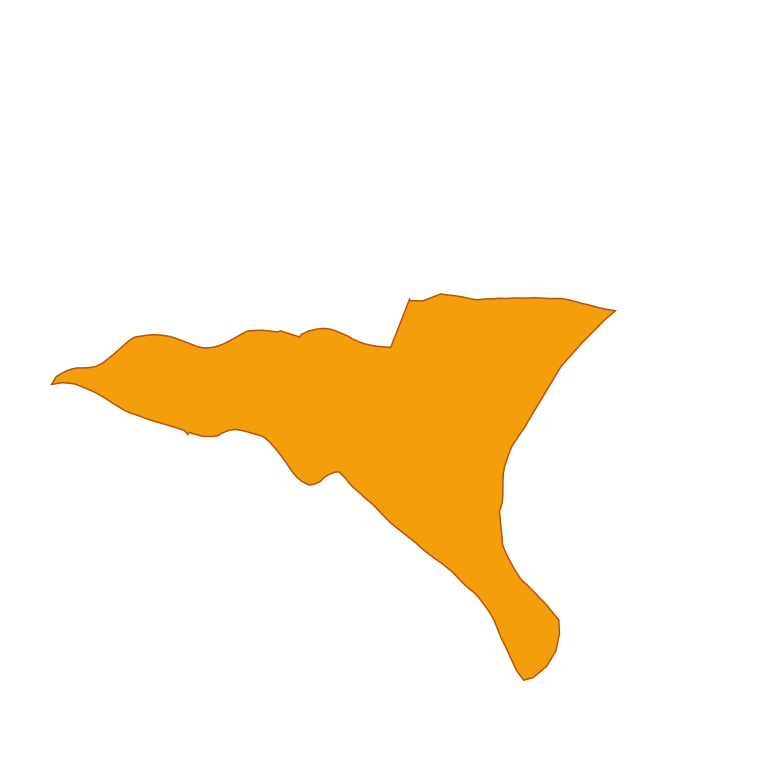 outline of Monchy/Vieux Sucreic/Bois D'Ine, Gros Islet, Saint Lucia, rotated 121°
{"feature_id": "8701671B73364458199971", "entity_name": "Monchy/Vieux Sucreic/Bois D'Ine", "entity_type": "district", "adm_level": 2, "iso_a3": "LCA", "parent_name": "Saint Lucia", "parent_adm1": "Gros Islet", "projection": "natural_earth1", "projection_center": [-60.951, 14.056], "detail": "fine", "context": "isolated", "style": "filled", "palette": "amber", "viewbox_px": 768, "rotation_deg": 121, "n_neighbors": 0, "source": "geoboundaries", "source_scale": "gbopen_adm2", "svg_char_len": 2701}
<svg xmlns="http://www.w3.org/2000/svg" viewBox="0 0 768 768"><g transform="rotate(121 384 384)"><path d="M566.0,111.7L558.7,104.9L542.2,99.2L524.2,99.2L507.8,104.9L496.3,112.6L488.8,133.4L487.7,138.3L485.5,146.0L484.5,150.4L483.4,154.5L482.5,157.7L481.5,163.5L480.3,167.3L478.2,171.2L476.3,175.6L470.2,186.1L465.5,193.3L462.0,198.0L459.3,200.7L455.1,203.5L451.0,206.6L445.7,210.6L433.6,219.5L425.9,221.2L422.1,222.8L418.3,224.8L411.8,228.6L405.0,232.6L401.8,234.2L398.7,236.0L395.6,236.9L392.0,238.5L388.5,238.9L384.8,239.9L380.5,240.8L376.8,241.5L372.3,242.2L368.0,242.2L363.0,241.8L359.2,241.9L355.3,241.5L348.5,241.0L343.7,241.3L317.4,241.3L278.0,241.3L246.9,235.5L215.7,227.9L202.0,223.4L203.8,227.7L206.1,233.6L207.8,238.7L209.2,243.7L210.8,249.5L213.1,256.1L214.3,261.0L215.8,265.7L217.3,270.8L219.3,275.8L224.8,284.9L232.6,299.4L237.6,307.0L241.5,313.8L245.8,320.5L248.5,324.5L250.9,329.0L255.0,334.5L256.6,337.3L258.3,340.0L260.8,343.5L263.2,346.6L265.2,350.6L266.5,354.1L268.3,359.6L270.3,365.0L273.1,371.6L274.4,374.2L276.2,378.1L277.5,381.6L292.9,393.7L299.1,404.6L298.3,405.7L349.2,397.1L355.0,408.8L357.5,415.1L359.7,421.8L360.9,428.4L361.7,434.5L361.5,439.8L363.4,453.0L364.8,458.7L367.5,464.4L370.4,468.7L373.9,472.2L377.2,475.8L380.7,478.0L383.9,480.3L387.1,480.4L391.9,500.3L394.4,502.2L397.6,509.7L400.6,516.0L407.4,526.4L409.6,528.8L414.5,531.8L419.3,534.4L425.0,537.7L431.4,541.5L436.1,545.2L440.2,549.0L444.1,554.1L446.4,558.3L448.3,564.0L449.8,573.5L452.1,586.1L453.6,592.3L456.5,599.3L460.2,606.6L464.5,612.6L471.8,621.4L474.4,623.0L478.1,624.8L483.5,626.6L494.6,630.0L502.8,632.9L510.8,635.9L517.8,640.3L522.2,645.7L525.3,650.4L528.4,655.5L532.1,659.4L536.2,663.0L541.0,665.8L546.3,668.7L551.9,668.8L555.6,668.7L548.7,660.7L546.2,655.7L543.3,649.4L542.3,643.6L541.2,637.0L540.0,627.5L539.8,617.3L540.2,605.8L540.2,593.2L539.7,587.3L538.3,581.5L535.9,568.7L534.5,562.7L528.4,539.3L526.7,531.0L528.4,526.2L525.7,525.9L524.7,520.8L521.9,511.9L518.1,505.1L514.4,500.2L509.1,497.2L503.2,492.8L499.5,487.9L497.3,482.5L495.6,477.1L493.6,469.5L491.7,462.5L491.5,458.4L492.6,452.5L496.2,441.2L501.1,428.9L504.5,421.8L507.0,416.2L508.9,410.1L509.7,404.4L509.6,400.1L509.2,396.2L506.2,392.4L500.5,388.4L494.9,387.2L489.5,384.3L484.7,380.6L482.5,377.2L484.5,369.2L486.5,363.8L488.4,357.6L489.9,348.4L491.1,343.7L493.1,331.3L498.0,313.2L499.8,305.7L500.9,298.3L501.8,290.7L503.7,275.4L504.7,270.8L505.9,263.9L506.8,256.8L507.5,249.5L508.0,241.7L509.8,229.1L513.7,214.9L515.2,208.5L516.3,200.1L517.7,194.3L520.7,186.6L525.8,174.9L530.0,167.7L536.2,159.6L542.8,150.6L546.3,144.9L547.2,143.7L553.8,134.0L561.3,122.8L566.0,111.7Z" fill="#f59e0b" stroke="#b45309" stroke-width="1.5"/></g></svg>